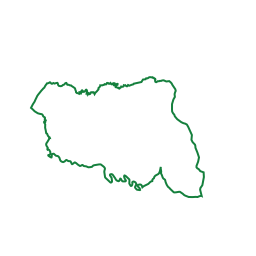 outline of Tarnova, Caras-Severin, Romania, rotated 26°
{"feature_id": "2599482B16006768624412", "entity_name": "Tarnova", "entity_type": "district", "adm_level": 2, "iso_a3": "ROU", "parent_name": "Romania", "parent_adm1": "Caras-Severin", "projection": "natural_earth1", "projection_center": [21.989, 45.335], "detail": "fine", "context": "isolated", "style": "outline", "palette": "green", "viewbox_px": 256, "rotation_deg": 26, "n_neighbors": 0, "source": "geoboundaries", "source_scale": "gbopen_adm2", "svg_char_len": 5754}
<svg xmlns="http://www.w3.org/2000/svg" viewBox="0 0 256 256"><g transform="rotate(26 128 128)"><path d="M215.4,134.7L211.9,135.1L209.9,134.1L209.2,133.9L208.1,133.9L206.8,133.3L206.2,132.1L205.8,127.6L204.7,123.3L201.1,119.6L197.3,116.2L196.4,114.6L195.5,113.6L192.3,112.4L190.2,110.8L188.5,106.3L181.5,100.5L179.4,99.1L177.6,99.0L175.5,99.4L173.3,99.4L168.4,98.5L165.0,97.0L163.7,95.7L162.2,95.1L160.5,93.9L159.5,92.2L157.1,87.2L156.3,82.4L156.5,79.5L155.0,77.1L154.7,75.4L154.6,73.7L153.5,72.4L149.0,69.8L147.7,68.8L146.2,68.2L144.5,67.8L142.0,69.4L139.2,69.5L137.8,70.3L137.0,71.3L136.3,71.5L135.7,71.9L135.4,72.4L134.2,72.9L133.5,74.2L133.2,74.5L132.4,74.5L131.7,73.8L131.4,73.1L131.3,72.3L131.0,72.0L130.8,72.2L130.4,72.2L130.0,71.9L129.0,71.6L128.6,72.0L127.6,71.7L127.0,72.2L126.4,72.3L125.4,72.7L124.6,73.4L124.1,74.4L123.8,74.8L122.5,75.4L122.4,76.5L120.2,77.9L119.9,80.8L113.7,85.7L113.7,86.3L113.4,86.7L112.6,87.3L110.5,89.5L109.8,89.6L109.4,89.3L109.2,89.3L109.0,90.6L108.8,91.0L108.0,91.1L106.7,90.7L106.0,91.5L105.5,91.5L105.7,92.5L105.6,92.8L105.2,93.2L104.4,93.7L103.7,93.7L103.7,94.8L103.2,95.3L103.3,95.5L103.1,96.1L102.4,95.8L102.1,95.9L102.5,96.3L102.2,96.5L101.2,96.3L100.0,96.4L99.2,96.7L98.8,96.6L98.6,96.3L98.6,94.7L99.0,94.6L99.2,94.2L99.6,93.8L99.4,93.0L99.0,93.0L98.3,93.7L98.3,94.3L98.1,94.8L97.6,94.8L97.5,95.0L97.4,95.4L96.5,95.8L96.2,95.6L96.0,95.2L96.1,94.8L96.4,94.7L96.6,94.8L96.9,94.3L96.9,94.1L96.5,93.7L95.9,93.8L95.9,94.0L95.4,94.3L95.0,94.4L94.6,95.5L94.2,95.9L93.5,95.9L92.5,95.2L91.8,96.5L91.0,96.7L90.2,96.3L89.8,95.8L89.9,96.3L89.4,96.7L89.3,98.0L89.1,98.5L88.6,98.7L87.9,98.7L87.7,99.0L87.4,99.9L86.9,100.1L86.4,100.8L85.5,101.2L84.9,101.7L84.4,101.8L84.6,102.4L84.5,103.7L84.0,104.8L84.0,105.3L84.5,106.0L84.5,106.5L84.2,107.3L84.0,108.4L83.2,110.7L83.1,112.2L81.9,111.2L81.5,111.4L81.3,111.0L80.7,111.2L80.1,111.7L79.4,111.9L78.9,112.4L79.1,113.1L79.0,114.0L78.4,114.5L77.9,115.1L77.5,115.2L77.4,113.9L77.1,113.9L77.2,114.4L76.7,114.7L76.7,115.2L76.3,114.7L76.2,114.7L76.1,114.8L76.2,115.0L75.7,115.3L75.3,114.0L75.3,113.9L75.7,113.8L75.2,113.4L75.1,112.9L74.5,112.1L73.6,111.9L73.4,112.2L73.2,113.7L72.9,114.3L72.5,114.9L72.0,114.8L70.3,114.2L70.1,114.3L69.8,115.8L70.3,116.1L69.1,116.8L69.9,117.2L70.5,117.1L70.6,117.7L68.8,118.3L68.9,118.7L68.7,118.7L67.9,118.6L66.8,119.0L65.7,118.7L65.1,117.8L63.8,116.6L63.2,115.8L62.7,115.5L60.9,115.2L59.2,115.0L58.1,114.7L57.4,115.1L55.5,115.2L54.9,115.6L54.5,115.7L52.8,114.5L52.6,114.6L52.0,115.3L51.7,116.7L51.2,117.4L50.7,117.8L50.2,119.0L49.5,119.7L49.0,120.0L47.7,120.4L47.3,120.4L46.4,120.0L45.3,118.7L44.8,118.4L44.2,118.7L42.4,120.3L41.2,120.3L40.9,120.7L40.5,121.4L40.2,121.6L39.7,121.7L38.1,121.1L37.7,121.2L37.5,121.4L37.3,122.0L36.3,123.0L35.6,123.4L35.5,124.5L35.3,125.2L35.1,126.9L35.1,128.4L34.5,129.7L34.3,130.6L33.8,132.2L32.7,137.1L32.4,138.7L32.4,143.7L32.5,145.1L32.1,148.4L32.0,152.4L34.5,153.1L36.7,153.9L40.4,154.3L42.2,154.0L44.0,153.5L44.9,153.4L45.9,153.9L46.7,154.7L48.7,155.0L49.2,155.8L49.2,156.5L49.9,157.1L50.5,157.0L50.8,157.2L50.8,157.6L50.1,157.7L50.0,158.6L50.4,158.5L50.9,159.1L50.5,159.4L50.8,159.9L50.6,160.1L51.6,160.7L52.0,161.0L53.4,164.1L55.1,166.2L56.6,168.3L56.9,168.6L57.8,168.6L59.4,170.1L61.2,170.8L61.7,170.8L62.0,171.1L61.5,171.2L61.5,171.4L62.0,171.6L61.8,171.9L61.9,172.8L61.6,176.1L61.4,177.5L61.5,178.4L62.1,179.3L63.1,180.1L64.5,180.9L64.7,181.4L64.7,182.3L65.1,182.7L65.3,182.8L65.6,182.4L66.0,182.2L66.8,182.3L67.8,182.9L68.6,183.5L69.3,184.7L69.6,185.3L69.4,186.1L69.2,186.6L68.3,187.2L68.3,187.5L68.8,187.9L71.5,188.2L72.1,188.0L72.1,187.5L71.3,185.6L71.1,185.0L71.4,184.5L72.3,183.8L72.7,183.7L74.6,184.3L75.5,184.5L77.1,184.0L78.2,184.2L79.5,184.9L80.6,186.1L81.4,186.8L82.3,187.2L83.3,187.3L84.6,187.1L85.1,186.6L85.7,185.8L86.3,184.2L86.8,183.7L88.8,183.9L90.7,183.2L91.2,183.3L93.0,184.8L93.6,185.0L93.9,184.8L95.1,182.4L95.4,182.2L96.9,182.3L99.1,182.9L101.4,183.2L102.0,182.8L102.9,181.5L103.3,181.2L103.7,181.2L104.6,181.5L105.2,181.5L107.2,180.8L109.5,180.7L111.0,179.9L112.6,178.7L113.2,177.0L113.9,176.3L118.1,173.3L118.9,172.9L119.5,172.7L120.2,172.8L123.1,173.4L124.1,173.8L124.7,174.2L125.0,174.5L125.3,175.3L125.5,176.5L125.9,177.8L128.9,182.2L129.5,182.6L135.9,184.6L136.4,184.6L136.8,184.3L137.1,183.7L137.1,183.3L136.9,182.7L135.1,180.0L132.6,178.5L132.3,177.8L132.4,177.4L133.4,176.7L134.1,176.6L134.7,176.7L138.5,178.8L139.7,179.7L140.9,180.1L141.9,180.1L142.7,180.0L143.2,179.5L143.3,179.1L143.2,177.4L143.3,176.9L143.5,176.9L144.0,176.9L145.3,177.9L146.3,178.3L146.6,178.3L148.8,177.3L149.2,176.8L149.2,176.3L148.5,175.7L147.3,175.0L146.3,174.0L145.8,173.4L145.6,172.9L145.6,172.3L145.8,172.1L147.2,172.2L151.6,173.6L152.1,174.1L153.5,177.3L154.4,178.0L155.8,178.8L156.5,178.5L156.6,178.3L156.7,177.3L156.4,176.1L155.7,175.0L155.7,174.5L156.2,173.8L157.3,173.5L158.5,173.6L159.8,174.4L160.1,175.0L160.2,178.0L160.5,178.4L161.1,178.8L162.3,179.3L163.2,179.5L165.9,178.6L166.0,178.4L165.9,178.3L165.2,177.3L164.3,176.8L162.3,176.2L161.8,175.6L161.7,175.2L162.2,174.5L163.5,173.5L164.6,173.3L165.6,173.7L166.9,175.0L167.3,174.0L168.0,172.9L170.8,169.3L171.6,166.9L172.2,165.9L173.1,165.1L172.6,163.7L172.8,162.8L173.3,161.9L173.1,160.2L173.5,158.8L175.4,156.1L175.7,155.0L175.7,154.0L175.5,152.4L174.5,148.6L175.2,150.1L176.8,152.4L177.2,153.3L177.4,154.2L179.1,155.5L180.9,157.3L181.9,157.9L183.6,158.2L184.1,158.4L185.5,160.1L187.6,162.0L189.7,163.3L191.4,163.7L192.8,164.3L196.9,165.6L197.5,165.7L197.9,165.6L199.3,164.8L201.8,163.0L202.7,162.6L206.1,163.1L207.7,163.6L208.9,163.7L212.8,163.4L216.5,161.7L218.7,160.4L220.8,159.5L222.2,157.9L223.6,156.8L224.0,156.8L219.9,151.9L219.4,150.2L219.9,146.8L217.7,138.8L215.4,134.7Z" fill="none" stroke="#15803d" stroke-width="2"/></g></svg>